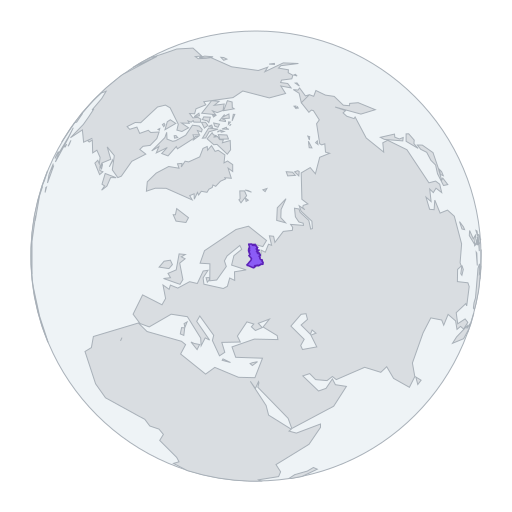 Karelia on an orthographic globe
{"feature_id": "RUS-2353", "entity_name": "Karelia", "entity_type": "Republic", "adm_level": 1, "iso_a3": "RUS", "parent_name": "Russia", "parent_adm1": "", "projection": "orthographic", "projection_center": [34.102, 63.665], "detail": "fine", "context": "on_globe", "style": "filled", "palette": "violet", "viewbox_px": 512, "rotation_deg": 0, "n_neighbors": 0, "source": "natural_earth", "source_scale": "10m", "svg_char_len": 14876}
<svg xmlns="http://www.w3.org/2000/svg" viewBox="0 0 512 512"><circle cx="256" cy="256" r="225" fill="#eef3f6" stroke="#a8b0b8"/><path d="M119.8,76.6L122.8,74.4L157.0,56.4L132.9,67.4L142.4,61.7L153.8,56.1L151.9,57.4L165.6,52.9L176.8,49.0L193.0,48.1L201.7,56.0L195.3,56.6L198.1,58.7L206.3,58.3L210.9,57.6L231.6,66.8L258.3,70.5L267.7,67.2L264.9,71.7L283.3,62.9L298.4,63.5L280.8,65.7L278.5,68.1L288.4,69.8L288.2,72.7L292.9,75.3L291.8,78.8L281.6,80.1L280.6,82.5L287.7,83.5L291.1,87.9L280.8,86.0L285.6,93.5L269.3,97.9L242.8,91.0L233.0,97.6L203.8,101.7L205.8,104.8L196.0,108.8L194.6,113.8L189.6,113.5L192.9,117.9L197.7,117.3L200.8,119.1L200.4,122.2L193.9,122.1L193.2,120.6L191.1,122.2L188.0,120.9L189.3,123.3L181.5,123.0L188.6,127.8L181.9,131.5L176.9,130.1L178.3,124.3L170.1,107.8L165.4,105.1L157.5,107.0L140.7,122.7L135.2,122.5L127.1,126.6L129.7,129.3L136.9,127.1L139.7,133.4L148.3,130.3L150.7,132.5L159.1,132.0L156.8,138.6L150.1,145.4L143.0,146.3L139.8,149.4L145.8,154.1L131.8,161.3L121.3,176.2L117.8,177.6L112.3,169.9L114.3,155.6L107.2,146.9L110.8,159.3L101.9,163.0L100.0,166.6L99.9,170.5L102.9,171.8L99.6,174.6L94.9,163.1L97.8,160.3L99.3,163.9L100.1,157.4L96.9,150.2L92.7,152.9L92.3,140.1L89.2,142.0L87.5,140.5L92.3,138.2L83.6,142.2L82.4,129.9L70.5,137.7L83.3,124.5L88.6,117.0L93.9,108.9L92.0,110.0L101.7,98.6L106.1,91.3L101.2,93.0L92.7,100.9L82.5,112.7L82.4,113.7L76.7,122.1L74.3,122.8L63.3,139.7L61.7,142.0L71.2,127.2L81.8,113.1L93.5,100.0L106.2,87.8L119.8,76.6ZM47.5,170.7L47.0,172.3L44.4,180.6L41.9,186.0L42.4,187.0L39.6,195.4L35.9,216.7L35.5,216.3L32.0,241.2L32.0,264.8L32.0,273.8L31.6,273.9L32.5,282.0L32.6,283.9L39.6,316.3L46.2,336.4L48.0,342.3L47.6,341.5L42.0,326.5L37.6,311.2L34.2,295.7L32.0,279.9L30.9,264.1L30.9,248.1L32.0,232.3L34.2,216.5L37.6,200.9L42.0,185.7L47.5,170.7ZM67.8,139.1L55.4,162.0L59.3,151.4L59.1,152.8L62.9,146.4L69.0,136.1L73.3,127.7L67.8,139.1ZM69.1,143.9L71.0,140.3L69.6,143.5L69.1,143.9ZM213.1,56.8L206.4,58.0L199.2,57.5L204.7,56.1L213.1,56.8ZM226.9,59.1L223.7,60.3L220.9,57.3L223.6,57.5L226.9,59.1ZM274.5,64.4L269.1,64.1L274.4,63.4L274.5,64.4ZM293.8,75.0L295.4,74.3L297.1,76.0L293.8,75.0ZM159.8,128.5L159.4,130.2L158.0,129.4L159.8,128.5ZM163.8,126.7L162.4,124.6L164.1,123.4L164.9,124.8L163.8,126.7ZM297.0,82.9L299.4,86.1L295.2,83.1L297.0,82.9ZM165.0,129.7L167.3,121.7L170.3,119.8L175.8,123.4L165.0,129.7ZM299.6,88.0L305.4,95.9L309.4,94.7L301.3,102.7L299.1,93.2L293.3,89.6L298.0,90.1L299.6,88.0ZM199.4,115.8L194.2,116.6L198.9,113.2L199.4,115.8ZM201.7,113.2L211.6,100.7L219.1,101.3L214.2,105.3L224.2,104.0L223.0,110.4L217.2,112.6L212.6,110.9L215.7,114.7L201.7,113.2ZM295.9,106.0L295.8,108.2L294.0,106.2L295.9,106.0ZM202.4,119.6L203.7,116.9L210.3,117.2L208.8,122.6L207.1,120.8L202.4,119.6ZM227.4,100.7L232.1,102.0L232.3,107.5L234.2,108.8L223.6,110.7L227.4,100.7ZM205.5,122.3L207.9,125.4L204.4,128.1L201.5,122.3L205.5,122.3ZM212.6,115.1L215.7,115.5L213.5,117.0L212.6,115.1ZM193.6,139.8L195.1,136.4L198.6,136.2L193.6,139.8ZM209.0,126.4L210.2,125.5L211.7,125.1L212.6,127.7L209.0,126.4ZM224.5,114.5L223.7,116.6L228.9,114.0L229.3,118.2L222.1,118.7L225.4,120.2L225.5,121.5L219.5,120.6L224.5,114.5ZM218.1,129.2L209.2,131.7L205.7,137.9L202.4,138.2L208.6,128.1L218.1,129.2ZM219.5,124.2L217.9,127.3L214.6,126.0L213.7,123.0L219.5,124.2ZM232.1,120.9L233.3,114.3L234.8,114.4L232.1,120.9ZM217.8,131.3L219.9,130.7L217.9,131.9L217.8,131.3ZM228.4,124.3L228.6,121.9L230.4,122.1L228.4,124.3ZM224.1,131.5L221.2,132.2L220.4,130.2L224.1,131.5ZM226.6,128.4L228.9,129.3L221.9,129.0L226.4,127.3L226.6,128.4ZM230.0,124.9L231.1,124.2L229.7,125.8L230.0,124.9ZM228.5,139.0L219.9,139.2L218.3,134.6L226.9,135.0L228.5,139.0ZM187.3,470.6L173.5,463.4L179.0,461.8L176.7,457.4L159.7,440.4L163.4,434.4L159.0,429.1L149.8,426.0L144.8,419.3L139.3,416.4L105.5,397.8L95.6,383.8L85.0,351.5L91.4,347.6L93.4,336.5L138.4,323.0L147.0,331.5L181.5,341.3L185.6,344.6L180.6,354.0L205.6,374.1L214.8,367.4L238.5,377.3L254.9,377.7L262.5,358.2L235.7,357.3L232.0,346.9L254.3,339.1L277.9,339.6L277.2,335.6L263.1,327.0L269.4,319.1L258.3,323.3L262.2,327.6L255.4,330.5L251.4,326.8L253.8,324.0L246.9,321.9L237.4,336.1L240.3,342.0L221.8,342.4L224.8,352.3L219.5,355.8L212.4,340.5L213.7,335.3L199.8,316.0L196.7,321.4L209.6,340.1L205.2,337.9L201.1,345.8L200.7,338.1L187.4,316.7L171.2,314.2L149.2,326.9L140.0,323.5L133.1,314.2L142.6,294.9L162.0,304.8L165.6,298.5L163.0,285.0L169.1,289.3L170.4,285.1L177.8,288.1L189.6,281.7L197.3,283.5L203.2,271.0L208.0,270.3L203.1,277.8L203.9,284.2L223.3,288.5L227.4,286.3L229.7,278.0L234.7,280.4L234.5,271.8L246.2,269.9L231.6,265.1L233.9,255.7L241.7,249.3L239.8,245.5L227.1,255.9L224.4,260.9L226.3,266.5L216.7,280.0L209.8,280.8L209.9,263.8L200.1,263.2L204.5,250.7L236.0,229.5L248.5,226.2L266.5,240.5L262.8,246.6L254.6,244.3L261.0,255.2L261.1,250.1L265.3,252.2L268.5,244.2L271.6,245.3L269.4,235.8L273.6,236.3L274.9,242.4L283.3,231.4L292.3,230.4L292.7,227.4L290.6,224.4L303.5,225.4L303.2,223.2L298.9,222.0L295.4,216.8L294.5,208.2L299.0,209.0L300.0,212.2L308.8,220.4L310.7,229.1L312.4,228.6L311.9,221.2L301.1,211.2L299.2,205.8L304.9,209.7L302.7,207.8L303.2,205.4L307.9,203.9L301.9,199.3L301.2,172.9L310.2,167.6L315.4,173.8L319.7,157.3L329.6,153.3L325.5,152.1L324.8,143.8L321.7,144.9L319.7,143.7L316.6,123.7L319.3,119.9L313.4,110.6L311.3,110.1L308.9,112.3L301.3,102.7L309.4,94.7L313.7,96.3L315.9,90.5L325.4,95.1L334.2,96.4L343.3,105.2L349.5,105.7L349.7,103.4L358.2,102.7L375.3,109.7L360.9,114.1L335.1,107.0L345.6,110.6L343.1,112.9L346.7,116.2L354.1,118.6L355.1,117.0L366.2,138.0L383.7,152.1L382.8,142.8L387.7,140.3L406.9,149.7L428.9,182.8L435.6,181.1L439.7,184.2L441.7,192.6L436.0,188.2L433.3,192.6L429.7,189.0L431.1,201.6L426.0,197.1L429.6,209.3L434.1,209.7L434.8,200.1L440.1,213.1L447.5,210.1L454.3,216.2L461.6,243.9L460.1,262.8L461.3,266.0L457.6,269.4L457.4,281.6L467.9,282.8L469.2,286.6L466.7,305.9L465.8,303.6L456.2,312.7L457.7,323.8L465.1,318.9L467.8,322.4L463.6,329.0L460.5,326.4L457.0,329.4L455.6,320.9L448.1,314.4L443.7,325.2L441.7,320.0L430.8,317.9L423.1,332.8L412.4,363.0L414.8,376.6L409.4,387.3L393.6,378.4L386.7,366.7L380.8,372.3L364.6,367.3L336.3,379.6L332.4,376.5L327.0,380.6L315.6,379.6L309.7,373.6L302.8,375.9L318.5,391.0L326.0,388.4L332.4,378.9L335.4,384.7L346.4,386.4L333.7,406.2L291.8,428.5L288.1,418.3L257.8,387.2L258.9,383.0L258.8,382.5L258.5,381.6L255.4,388.5L250.3,381.3L266.1,405.5L268.6,415.1L291.2,429.2L289.0,431.1L296.4,433.1L320.5,424.0L320.5,427.4L309.0,444.3L276.0,464.6L280.6,471.8L278.6,476.6L258.5,479.8L260.9,481.1L250.6,481.2L234.5,480.2L218.5,478.1L202.8,474.9L187.3,470.6ZM122.0,337.6L120.5,340.9L122.0,337.6ZM302.5,349.5L316.8,346.9L310.9,335.1L316.0,333.2L312.1,330.0L310.4,334.3L301.1,325.0L307.5,319.4L306.0,313.7L301.1,314.3L290.9,326.1L304.2,339.3L300.7,345.5L302.5,349.5ZM35.8,217.4L35.1,221.0L35.4,217.5L35.8,217.4ZM58.3,151.6L56.4,155.8L54.9,158.6L56.1,155.7L58.3,151.6ZM46.5,187.1L45.1,192.5L45.8,187.6L46.5,187.1ZM53.8,165.5L47.5,183.0L49.1,174.3L53.3,163.6L51.3,169.9L53.8,165.5ZM66.7,144.1L65.2,147.0L64.6,146.9L66.7,144.1ZM68.1,146.3L68.4,145.3L69.8,143.5L68.1,146.3ZM102.2,163.7L102.5,164.7L101.6,168.8L100.6,167.1L102.2,163.7ZM106.9,186.1L101.6,190.2L104.6,185.9L102.0,184.2L105.2,173.5L116.2,177.7L110.6,177.6L106.9,186.1ZM112.6,160.8L109.3,166.8L112.5,160.1L112.6,160.8ZM170.4,260.2L172.4,264.6L168.9,268.6L159.1,267.1L164.1,261.2L170.4,260.2ZM176.2,269.9L179.1,253.9L185.3,254.5L181.3,256.8L185.1,258.8L179.7,263.1L182.9,279.6L180.0,284.3L163.5,278.5L170.5,277.7L168.0,273.4L176.2,269.9ZM175.4,214.8L176.7,208.6L188.5,217.7L185.9,222.5L176.0,221.1L173.2,214.7L175.4,214.8ZM174.5,138.1L174.2,135.7L176.0,135.6L177.7,137.6L174.5,138.1ZM194.0,138.2L177.4,148.8L176.3,146.5L168.0,155.9L161.7,153.5L167.3,147.5L156.3,152.9L158.9,146.5L151.7,150.9L164.9,137.6L166.7,132.3L167.0,139.1L172.7,141.3L175.7,140.7L185.7,135.2L192.5,125.2L199.2,126.1L202.2,129.4L201.5,131.9L197.4,130.5L199.5,134.9L193.0,134.8L194.0,138.2ZM232.7,171.5L228.1,168.1L231.3,178.3L224.8,177.7L225.6,178.9L220.5,181.2L215.7,186.3L212.9,185.0L212.2,187.5L208.9,189.2L207.0,192.3L201.3,191.3L198.6,195.0L197.5,192.4L194.3,199.2L194.1,193.8L189.7,195.6L192.2,199.9L166.1,188.3L155.3,188.2L146.4,191.2L147.3,181.8L156.2,173.1L168.7,166.5L179.0,168.2L177.5,163.8L182.0,163.4L181.3,167.0L185.1,161.2L188.6,161.9L199.7,156.9L203.0,148.4L207.2,146.5L207.6,150.2L211.5,145.7L215.1,151.4L218.2,150.3L224.9,154.9L224.0,162.9L227.5,161.0L232.7,164.6L232.7,171.5ZM230.2,140.5L230.6,149.8L227.3,154.2L217.0,144.4L213.8,144.7L207.1,138.8L212.1,132.7L213.5,134.9L216.1,135.6L213.5,137.2L217.5,136.5L219.6,139.6L223.3,139.9L222.4,142.8L230.2,140.5ZM191.0,342.0L194.3,343.5L199.6,344.5L197.1,349.6L191.0,342.0ZM181.6,327.6L184.7,327.9L183.8,335.4L180.3,333.9L181.6,327.6ZM187.1,321.9L184.9,327.4L184.1,323.6L187.1,321.9ZM206.1,277.7L209.5,277.6L209.5,279.7L207.3,282.2L206.1,277.7ZM241.0,202.8L238.9,199.8L240.1,198.8L239.8,190.9L244.5,190.9L246.6,195.7L241.0,202.8ZM257.5,361.7L252.4,365.5L250.1,363.6L252.3,362.7L257.5,361.7ZM223.0,358.9L230.5,362.5L222.2,360.3L223.0,358.9ZM246.1,201.4L245.5,198.2L248.3,200.2L246.1,201.4ZM248.0,190.5L251.5,192.2L245.1,190.0L248.0,190.5ZM317.3,469.2L301.9,476.5L291.2,478.5L289.2,478.3L294.8,474.6L307.3,471.1L313.4,467.5L317.3,469.2ZM470.7,324.3L467.8,332.3L469.1,328.5L473.8,313.5L473.8,313.4L470.7,324.3ZM468.8,329.2L463.6,338.7L452.5,343.3L456.6,336.9L467.3,325.7L466.8,328.5L470.0,323.6L468.8,329.2ZM478.5,291.4L475.9,304.1L474.4,309.5L473.4,308.0L474.0,302.8L475.5,297.9L478.0,268.3L479.5,263.8L479.3,274.2L480.4,272.4L479.3,285.1L478.6,290.6L478.5,291.4ZM415.8,377.0L421.1,380.2L417.8,384.5L415.8,377.0ZM476.8,253.0L477.3,265.5L476.2,252.1L476.8,253.0ZM474.8,242.8L475.9,244.6L474.6,245.7L474.8,242.8ZM463.3,269.5L461.9,275.3L460.8,273.7L461.9,265.4L463.3,269.5ZM459.5,221.6L463.4,226.8L464.6,229.6L462.0,229.0L459.5,221.6ZM286.0,198.7L281.1,209.5L280.8,217.7L285.6,222.8L276.7,220.4L277.3,207.8L286.0,198.7ZM298.8,175.9L294.6,171.8L297.8,170.7L299.2,171.5L298.8,175.9ZM295.4,175.4L287.7,175.9L286.2,171.7L292.5,172.2L295.4,175.4ZM266.9,188.5L265.1,191.6L262.9,189.8L266.9,188.5ZM480.1,279.0L480.7,270.8L480.9,265.0L481.2,249.5L480.8,269.4L480.9,269.6L481.1,265.7L480.1,279.0ZM480.7,239.9L480.6,238.7L480.7,239.9ZM480.2,241.7L479.2,244.1L479.3,251.1L478.0,234.5L479.3,235.0L480.2,241.7ZM477.7,238.6L478.0,245.1L477.0,236.6L477.7,238.6ZM477.4,245.2L476.3,243.1L476.7,239.3L477.4,245.2ZM477.7,236.0L475.9,230.4L477.0,231.0L477.7,236.0ZM473.3,238.8L475.9,234.4L474.3,243.9L469.3,235.6L469.6,230.5L473.3,238.8ZM443.3,175.7L440.4,174.4L439.3,169.3L441.6,171.6L443.3,175.7ZM433.0,152.6L438.1,167.6L441.7,180.2L442.8,178.1L447.8,184.6L443.5,185.5L437.5,173.7L435.6,165.0L430.9,160.3L426.7,152.3L420.7,149.3L417.4,145.0L422.3,145.1L433.0,152.6ZM418.1,148.4L406.1,141.3L406.1,133.9L408.7,133.8L414.2,140.1L413.9,143.6L418.1,148.4ZM403.2,137.5L402.8,140.9L384.3,139.4L380.4,137.3L394.5,134.1L394.8,137.2L399.4,139.0L403.2,137.5ZM298.2,108.1L296.0,108.2L297.5,106.7L298.2,108.1ZM318.0,144.5L315.6,142.7L317.3,140.9L318.0,144.5ZM309.7,136.7L309.4,140.0L307.8,136.1L309.7,136.7ZM309.2,147.7L308.4,141.2L311.9,147.9L309.2,147.7Z" fill="#d9dde1" stroke="#a8b0b8" stroke-width="1"/><path d="M248.9,245.1L248.8,244.6L248.7,244.3L248.7,244.2L251.3,244.0L252.0,244.2L252.1,244.5L252.4,244.8L252.4,245.2L252.5,245.3L253.2,245.4L253.3,245.0L253.6,244.9L253.6,244.5L254.1,244.5L254.3,244.5L254.5,244.6L254.4,244.6L254.2,244.7L254.3,244.8L254.6,244.7L254.7,244.8L254.8,244.9L255.1,245.0L255.2,244.8L255.3,245.0L255.2,245.0L255.4,245.1L255.2,245.2L255.3,245.3L255.3,245.5L255.0,245.4L254.9,245.5L255.0,245.6L255.3,245.6L255.2,245.6L255.6,245.8L255.8,245.8L256.0,245.9L256.1,246.0L256.4,246.2L256.6,246.4L256.7,246.5L256.7,246.4L256.7,246.5L256.8,246.6L257.0,246.9L256.9,247.0L257.0,247.1L257.2,247.3L257.2,247.5L257.3,247.5L257.2,247.7L257.3,247.8L257.3,248.0L256.9,247.6L256.9,247.9L257.1,247.9L257.0,248.0L257.1,248.4L257.0,248.5L256.9,248.8L256.9,249.0L256.7,248.9L256.7,249.0L256.4,249.1L256.5,249.2L256.4,249.2L256.6,249.3L256.6,249.5L256.8,249.7L256.9,249.8L257.0,250.0L256.9,250.1L257.0,250.3L257.1,250.5L257.0,250.8L257.2,251.1L257.3,251.1L257.4,251.3L257.3,251.5L257.1,251.6L257.5,251.6L257.5,251.8L257.3,251.9L257.2,251.9L257.4,252.1L257.5,252.2L257.5,252.3L257.3,252.5L257.1,252.5L257.3,252.6L257.5,252.7L257.5,252.8L257.4,252.9L257.5,253.0L257.8,253.2L258.0,253.2L258.0,253.3L258.1,253.5L258.4,253.4L258.5,253.4L258.5,253.1L258.9,253.3L259.0,253.4L259.1,253.5L259.2,253.9L259.3,253.9L259.5,253.9L259.6,254.1L259.6,254.3L259.8,254.4L259.7,254.5L259.8,254.6L260.0,254.6L260.2,254.8L260.2,255.1L260.2,255.3L260.3,255.5L260.2,255.8L260.0,256.0L259.2,256.1L259.1,256.3L259.4,256.7L259.7,256.9L259.8,257.2L259.8,257.4L259.8,257.6L260.1,257.7L260.1,257.8L259.9,257.9L259.9,258.1L259.9,258.3L259.9,258.6L260.2,259.0L260.3,259.2L260.8,259.6L261.4,259.9L261.6,259.8L261.7,259.7L261.9,259.7L262.0,259.8L262.2,260.0L262.3,260.4L262.3,260.6L262.3,260.8L262.3,261.0L262.2,261.2L262.1,261.3L262.1,261.5L262.6,261.6L262.7,261.8L262.8,262.0L262.8,262.4L263.1,262.5L263.1,262.9L263.0,263.3L263.0,263.5L262.9,263.7L262.9,264.2L262.0,264.4L261.9,264.2L261.4,264.0L261.1,264.2L260.7,264.2L260.6,264.3L260.4,264.8L258.8,265.7L258.5,265.8L258.4,265.8L258.3,265.7L258.4,265.4L258.2,265.5L257.4,265.4L257.2,265.2L257.0,265.4L256.8,265.4L256.7,265.6L256.7,265.8L256.4,265.7L256.2,265.5L254.9,265.6L254.8,265.8L254.7,265.9L254.8,266.0L255.0,266.2L255.3,266.0L255.5,266.1L255.4,266.5L255.0,266.6L254.8,266.5L254.7,266.5L254.3,266.9L254.2,267.1L254.3,267.2L254.1,267.3L254.1,267.5L253.7,267.5L253.5,267.8L253.3,267.8L248.0,265.5L247.4,265.5L247.3,265.2L247.1,265.1L246.9,264.9L247.0,264.8L247.3,264.5L247.4,264.3L247.6,264.2L247.9,263.9L248.1,263.6L248.3,263.4L249.1,262.4L249.3,262.1L249.6,261.8L249.7,261.6L250.2,261.2L250.3,261.0L250.6,260.7L250.8,260.5L250.9,260.2L251.1,259.9L251.2,259.5L251.2,259.3L251.5,258.9L251.4,258.8L251.4,258.6L251.2,258.3L251.0,258.1L250.9,258.0L250.9,257.7L250.5,257.3L250.2,257.0L249.6,256.6L249.5,256.3L249.3,256.1L248.9,255.6L249.0,255.4L249.4,255.1L249.5,254.9L249.9,254.4L250.0,254.2L249.9,253.9L249.9,253.7L249.6,253.3L249.6,253.2L249.3,253.1L249.2,253.0L249.1,252.9L249.2,252.6L249.1,252.4L249.0,252.2L249.3,252.1L249.4,251.9L249.3,251.6L249.2,251.4L248.9,251.4L248.6,251.1L248.6,250.9L248.5,250.5L248.5,250.4L248.6,250.2L248.9,250.1L249.0,250.1L248.9,250.0L248.9,249.9L249.0,249.9L249.0,249.7L248.9,249.7L248.6,249.6L248.6,249.4L248.8,249.2L248.8,248.7L249.1,248.3L249.0,248.2L248.9,248.1L249.0,248.0L249.4,247.9L249.5,248.0L249.5,247.9L249.5,247.3L249.4,246.7L249.3,246.2L249.2,245.9L249.0,245.4L248.9,245.1ZM258.9,250.5L258.7,250.9L258.7,250.6L258.4,250.5L258.3,250.4L258.3,250.2L258.6,250.1L258.8,250.1L258.9,250.4L258.9,250.5L258.9,250.4L258.9,250.5ZM259.2,250.1L259.6,250.1L259.2,250.2L259.2,250.1ZM259.1,253.0L259.3,253.2L259.3,253.3L259.2,253.3L259.1,253.2L259.1,253.0Z" fill="#8b5cf6" stroke="#5b21b6" stroke-width="1.5"/></svg>